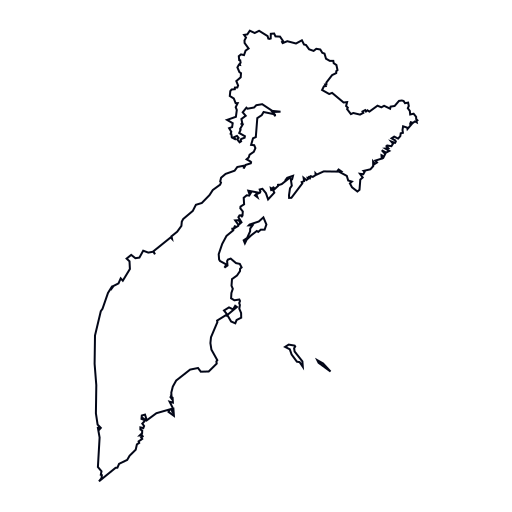 outline of Kamchatka
{"feature_id": "RUS-3468", "entity_name": "Kamchatka", "entity_type": "Region", "adm_level": 1, "iso_a3": "RUS", "parent_name": "Russia", "parent_adm1": "", "projection": "orthographic", "projection_center": [164.844, 57.899], "detail": "fine", "context": "isolated", "style": "outline", "palette": "ink", "viewbox_px": 512, "rotation_deg": 0, "n_neighbors": 0, "source": "natural_earth", "source_scale": "10m", "svg_char_len": 6049}
<svg xmlns="http://www.w3.org/2000/svg" viewBox="0 0 512 512"><path d="M416.7,122.3L415.0,121.4L412.2,123.4L412.7,122.8L410.8,122.2L410.2,123.8L411.6,124.2L407.5,129.0L407.3,127.7L403.1,126.3L402.5,129.9L402.9,132.8L400.7,133.3L400.3,136.1L398.1,138.6L394.2,136.6L391.6,138.3L395.3,140.5L395.8,141.6L395.0,142.9L391.2,141.5L393.0,143.7L391.4,146.2L387.2,145.5L386.5,146.1L388.3,148.2L385.3,148.5L389.3,150.9L386.1,152.6L381.8,150.3L385.2,154.0L383.2,158.0L382.6,158.3L382.3,155.6L381.5,155.2L381.7,158.6L375.3,160.6L377.0,162.5L373.7,164.6L374.4,163.2L373.1,161.6L373.2,166.2L370.4,169.3L363.6,170.9L364.6,171.8L363.3,174.2L360.0,173.8L362.7,177.5L360.3,179.6L359.5,189.8L357.4,191.5L352.0,187.3L349.9,183.4L351.9,181.6L348.2,180.5L346.8,175.9L339.6,172.0L341.3,171.4L338.6,169.5L337.4,171.0L338.0,171.6L323.7,171.4L316.7,174.6L315.5,173.3L315.6,175.1L312.8,176.9L310.9,176.2L310.2,177.8L308.6,176.2L309.3,178.3L307.8,178.0L308.2,178.8L306.4,180.1L303.6,177.8L304.1,181.1L301.7,182.1L302.3,183.4L291.4,197.8L289.1,197.9L289.0,195.2L290.0,188.3L291.8,185.7L290.8,179.2L292.1,179.3L293.0,175.8L287.2,177.8L285.8,179.7L286.7,179.9L287.6,178.4L288.3,177.9L290.4,177.2L281.7,184.1L278.3,185.2L278.0,183.9L278.1,185.9L274.5,189.2L273.4,188.2L273.9,186.8L272.1,188.7L270.8,188.0L271.2,190.1L272.9,189.7L274.3,192.7L268.1,199.4L265.9,193.1L262.4,188.8L259.7,189.5L260.4,191.6L259.9,192.7L256.3,194.3L257.4,197.2L255.0,195.4L257.7,192.5L248.3,190.7L249.1,193.1L251.0,192.6L249.2,195.6L246.7,195.3L243.7,197.8L244.1,204.3L240.5,206.6L240.3,208.3L242.8,211.5L242.5,215.6L241.3,217.2L242.1,215.2L239.5,215.4L238.4,217.2L241.5,222.3L239.8,223.8L239.9,221.8L238.4,220.2L235.2,220.4L238.3,224.7L238.2,225.9L234.9,227.9L235.1,225.5L233.8,228.5L231.4,228.8L233.3,228.9L233.3,230.3L226.5,235.9L222.2,243.9L218.7,254.2L219.1,259.5L220.0,261.0L226.4,264.5L224.5,267.6L227.5,265.5L227.1,261.1L227.9,259.6L230.7,258.6L236.0,263.1L239.8,263.9L241.6,267.4L240.1,268.7L240.0,271.1L237.0,275.5L232.0,279.1L231.5,285.7L232.8,288.8L231.4,293.0L231.1,298.3L234.4,300.3L239.3,299.5L240.0,301.0L239.2,303.1L239.9,305.0L239.3,308.7L241.1,313.0L241.2,317.7L236.6,320.0L235.3,323.3L231.1,321.5L227.9,316.0L226.5,315.7L236.9,307.0L235.2,305.8L233.1,309.4L229.0,307.4L224.0,310.5L227.1,314.4L217.1,320.6L217.4,322.1L211.0,337.2L210.4,343.1L211.4,349.6L217.3,360.2L216.4,361.4L216.7,363.6L208.7,371.5L200.8,371.7L198.0,368.0L190.1,369.6L176.2,380.5L172.8,386.6L171.3,392.6L171.5,396.0L170.5,397.1L172.2,399.5L171.5,396.9L172.6,397.7L172.9,402.6L169.6,401.7L172.8,408.0L171.4,410.0L172.4,411.8L173.5,410.2L173.9,415.8L168.5,411.9L169.7,409.4L156.4,413.2L146.8,420.3L145.0,414.6L141.8,415.5L141.5,418.9L143.3,419.6L143.0,418.2L145.6,420.0L142.3,423.6L144.1,426.0L143.3,428.1L140.4,427.4L140.4,429.5L142.2,430.5L142.1,433.2L139.7,435.5L142.2,435.4L142.7,436.4L141.2,437.4L142.2,438.9L138.6,441.4L139.2,442.9L136.9,444.4L135.7,449.7L129.6,455.7L127.2,459.9L119.1,463.8L117.4,467.7L115.6,467.8L99.0,481.3L101.5,478.2L101.9,475.2L100.8,474.8L101.5,471.3L97.9,467.0L99.6,437.5L97.7,426.9L99.1,429.8L100.8,427.9L97.6,424.6L95.9,413.3L96.3,385.2L94.6,363.8L95.0,335.5L100.8,311.2L102.5,308.8L108.0,292.9L112.0,286.5L113.0,286.1L111.0,288.5L110.5,290.1L113.6,285.9L118.5,283.4L120.7,278.4L122.8,280.7L129.9,269.0L129.5,261.3L126.6,258.6L131.2,254.9L135.4,258.2L139.4,257.6L143.2,250.7L148.3,252.6L153.3,251.7L155.0,254.3L153.4,251.3L170.7,237.4L172.0,238.8L171.5,236.3L177.2,231.7L181.4,225.9L181.8,221.6L183.2,219.0L192.8,210.9L195.9,204.8L201.8,203.0L209.5,195.1L212.8,190.0L220.1,184.7L221.0,182.6L220.2,181.4L221.1,177.7L225.6,173.9L234.6,170.7L237.3,167.0L243.9,165.7L243.7,168.5L245.7,164.9L250.8,163.3L251.1,162.1L250.5,161.5L246.6,159.3L248.7,157.5L249.6,154.7L253.8,151.8L255.4,148.1L254.2,145.2L251.1,144.9L253.0,138.3L255.8,137.1L257.3,118.1L261.7,115.2L263.6,112.0L274.0,114.2L275.1,116.2L275.0,114.8L272.5,112.0L280.5,111.7L272.3,110.9L262.2,104.2L256.3,105.2L254.1,107.5L247.5,108.7L246.4,107.7L242.7,112.3L245.7,115.8L241.4,119.0L242.2,122.8L241.5,123.8L242.8,124.3L240.1,129.0L240.6,129.8L239.2,133.0L244.9,136.2L244.6,137.7L241.2,139.0L240.6,140.0L241.1,141.3L239.6,142.3L237.2,139.4L238.6,137.9L237.0,135.9L233.6,137.4L235.9,139.6L231.8,137.4L231.4,134.3L230.6,133.8L231.3,131.8L229.1,128.2L232.1,127.1L232.7,123.2L227.1,119.9L235.9,116.8L236.8,110.0L235.7,107.2L237.7,103.1L235.6,103.1L233.8,98.5L229.8,96.0L230.3,91.1L231.6,89.5L234.8,89.2L234.9,87.6L237.3,87.5L238.1,85.5L236.3,81.1L240.7,77.3L241.0,73.2L239.4,72.1L237.4,67.4L238.9,64.7L240.0,64.9L239.7,63.9L240.6,62.7L240.2,60.3L239.2,60.1L238.8,56.2L241.0,54.4L244.0,55.1L245.6,50.6L248.6,48.5L244.6,43.0L244.5,40.4L246.0,37.6L244.1,34.9L247.3,34.4L249.8,30.7L254.7,33.0L259.1,30.8L267.6,36.1L268.3,38.6L269.5,38.9L270.7,38.5L270.8,33.8L274.1,33.5L275.5,36.4L280.0,36.6L283.0,41.0L282.0,41.9L282.7,43.1L287.3,41.2L296.0,43.5L301.9,40.3L304.0,44.5L306.0,45.0L309.1,49.3L313.6,50.9L316.3,48.8L320.3,49.5L322.3,52.8L324.5,53.6L326.0,58.7L329.8,60.9L333.3,60.9L333.7,63.2L336.4,65.0L337.5,70.1L336.3,71.1L336.2,73.1L332.1,75.1L326.4,82.5L326.4,84.4L325.1,84.5L325.7,86.1L323.9,86.3L322.1,90.0L329.2,94.0L332.1,92.9L343.6,102.5L347.1,102.1L346.1,106.0L347.8,107.7L347.1,109.1L350.9,114.1L353.3,113.0L360.0,114.6L363.3,112.9L362.5,111.5L365.2,110.1L366.0,111.5L367.4,110.3L369.4,111.6L377.5,105.7L381.4,107.3L384.1,105.8L390.1,108.7L390.6,106.6L394.6,106.0L399.0,100.9L401.8,100.5L403.6,101.0L405.0,103.2L408.1,102.6L408.8,106.0L407.8,108.2L409.8,110.9L410.2,114.5L413.6,113.7L416.1,116.8L416.2,119.1L417.4,120.3L416.4,121.1L416.7,122.3ZM266.4,224.5L264.6,229.7L260.8,229.7L258.2,231.9L256.8,231.0L251.2,235.3L246.7,239.6L244.9,243.3L243.7,240.3L247.1,238.0L250.1,231.4L250.2,228.6L252.5,225.4L248.8,225.4L249.7,224.5L258.8,221.5L263.4,217.4L266.4,224.5ZM302.4,361.4L302.8,366.8L299.6,362.1L296.9,361.7L291.6,354.5L289.8,349.3L285.1,346.9L288.7,344.6L294.6,345.6L295.2,346.5L294.1,348.3L294.6,351.5L302.4,361.4ZM323.0,363.4L330.5,371.5L318.6,362.8L317.3,360.2L323.0,363.4Z" fill="none" stroke="#020617" stroke-width="2"/></svg>